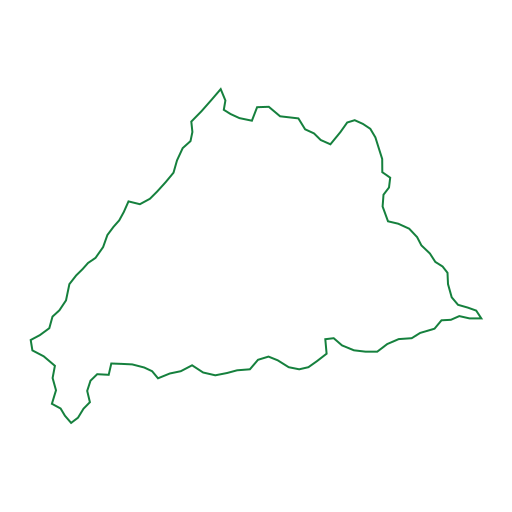 Capela Nova, Minas Gerais, Brazil
{"feature_id": "56859067B12551134046760", "entity_name": "Capela Nova", "entity_type": "district", "adm_level": 2, "iso_a3": "BRA", "parent_name": "Brazil", "parent_adm1": "Minas Gerais", "projection": "albers", "projection_center": [-43.609, -20.915], "detail": "fine", "context": "isolated", "style": "outline", "palette": "green", "viewbox_px": 512, "rotation_deg": 0, "n_neighbors": 0, "source": "geoboundaries", "source_scale": "gbopen_adm2", "svg_char_len": 1600}
<svg xmlns="http://www.w3.org/2000/svg" viewBox="0 0 512 512"><path d="M481.3,318.4L476.2,310.6L467.8,307.6L458.0,304.8L451.7,297.3L448.0,284.1L447.5,272.8L442.6,266.5L435.3,261.9L429.9,253.5L421.4,245.4L417.1,237.1L409.2,228.7L398.2,223.7L388.0,221.3L382.6,206.5L383.5,194.7L389.0,187.5L390.2,177.7L382.3,172.2L382.2,159.0L378.5,147.3L375.4,137.4L370.3,128.8L362.9,123.9L354.7,120.2L347.2,122.5L340.4,132.1L330.4,144.3L320.7,140.0L314.0,133.4L305.1,129.3L298.4,118.4L280.1,116.3L268.8,106.8L257.1,107.2L251.9,120.7L239.4,118.1L230.5,114.0L223.8,109.8L225.4,100.5L220.7,89.1L211.1,100.3L201.5,111.2L191.3,121.6L192.4,132.0L190.5,141.1L182.7,148.1L177.0,160.4L173.5,172.7L165.7,182.1L157.1,191.6L149.9,198.8L139.9,204.2L128.5,201.4L123.8,212.0L119.2,220.4L113.6,226.7L107.4,235.0L103.1,247.1L95.5,257.9L88.0,263.0L82.6,269.1L76.2,275.4L69.4,284.1L66.0,300.4L59.4,310.3L52.5,316.6L49.3,328.2L39.9,335.1L30.7,340.0L32.4,350.4L43.7,356.3L54.9,365.8L52.6,378.0L56.0,390.3L51.9,403.8L60.6,408.5L64.9,415.7L71.1,422.9L78.0,417.7L83.5,408.7L89.9,402.2L87.2,390.9L90.5,380.7L97.2,374.2L108.7,374.8L111.3,363.5L121.9,363.9L132.2,364.4L144.2,367.5L152.1,371.2L158.0,378.3L169.8,373.5L180.8,371.2L192.1,365.3L203.1,372.5L215.3,375.3L227.1,373.0L237.1,370.3L249.9,369.3L258.0,359.8L268.5,356.6L277.7,360.3L288.7,367.2L299.2,369.3L308.4,367.2L316.9,361.2L326.6,353.7L325.3,339.2L333.7,338.2L342.0,345.4L353.9,350.3L365.8,351.7L377.2,351.7L387.3,344.0L398.7,339.1L411.7,338.2L420.2,332.9L434.5,328.7L441.5,320.3L450.9,319.8L459.3,316.1L469.5,318.4L481.3,318.4Z" fill="none" stroke="#15803d" stroke-width="2"/></svg>